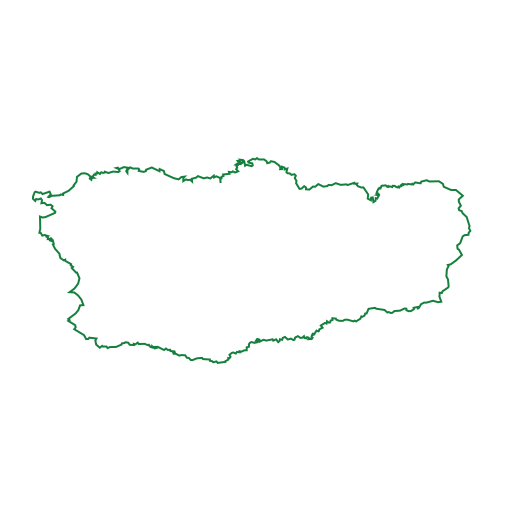 the district of Subang, Jawa Barat, Indonesia, rotated 264°
{"feature_id": "22746128B90150108137034", "entity_name": "Subang", "entity_type": "district", "adm_level": 2, "iso_a3": "IDN", "parent_name": "Indonesia", "parent_adm1": "Jawa Barat", "projection": "equal_earth", "projection_center": [107.682, -6.498], "detail": "fine", "context": "isolated", "style": "outline", "palette": "green", "viewbox_px": 512, "rotation_deg": 264, "n_neighbors": 0, "source": "geoboundaries", "source_scale": "gbopen_adm2", "svg_char_len": 6065}
<svg xmlns="http://www.w3.org/2000/svg" viewBox="0 0 512 512"><g transform="rotate(264 256 256)"><path d="M263.4,471.5L272.7,469.6L277.0,465.9L279.1,465.3L280.3,462.8L282.3,462.5L284.6,465.0L288.8,463.4L291.1,463.6L294.3,468.0L300.7,461.8L301.3,456.8L305.2,450.0L308.2,449.4L311.2,445.7L312.0,436.1L313.5,433.7L312.7,428.1L311.1,427.3L312.5,422.0L310.7,419.8L311.5,418.9L310.9,418.4L311.8,414.7L311.3,413.8L312.0,410.8L311.3,410.2L312.3,409.3L311.6,408.1L311.2,408.8L310.3,408.0L310.1,406.3L309.2,405.6L310.2,404.8L309.4,404.1L309.9,402.7L311.2,401.4L311.5,399.4L310.3,398.7L311.3,396.5L310.8,394.9L311.7,394.7L311.2,393.7L312.7,392.4L312.7,388.2L310.9,387.3L310.9,386.2L310.1,386.4L310.1,384.8L307.0,382.9L305.7,382.4L305.3,384.2L304.2,384.7L303.9,382.9L303.3,384.5L300.4,382.5L301.0,381.1L298.4,380.6L297.3,378.4L302.1,378.2L302.0,376.6L299.4,376.1L301.4,373.1L305.5,374.0L313.0,370.0L313.1,367.9L314.7,364.7L316.4,363.5L317.4,364.2L317.7,361.2L318.5,361.3L317.0,354.5L317.8,353.4L317.9,347.7L320.1,342.9L318.5,338.6L319.1,335.6L318.1,334.2L317.9,330.3L321.0,325.5L318.7,322.1L319.1,319.9L316.5,316.1L317.1,312.7L319.0,312.8L320.4,311.2L318.3,308.4L318.2,306.3L324.2,303.5L326.3,304.1L329.6,302.7L331.6,304.0L333.3,302.8L333.0,299.7L334.6,298.2L335.0,296.0L336.2,295.0L339.7,296.3L339.1,293.5L340.9,293.6L342.1,291.1L339.7,290.9L339.8,289.1L341.3,289.6L343.6,288.5L347.6,284.2L348.7,280.7L347.5,279.5L347.1,276.9L349.0,276.5L351.2,274.1L351.7,268.9L353.2,267.2L352.1,265.2L353.0,263.2L350.8,258.0L349.7,258.3L348.5,262.0L346.4,262.2L345.8,261.0L347.7,256.2L346.9,254.6L351.6,254.2L352.8,253.1L353.2,251.2L350.8,253.8L349.6,251.3L352.6,249.1L352.5,247.6L349.2,249.4L349.7,246.8L348.9,245.4L348.3,247.5L347.2,246.0L345.8,246.5L344.4,245.3L342.1,247.1L341.2,243.9L342.6,241.8L341.8,240.4L342.5,237.9L340.5,238.2L340.5,231.8L338.9,232.0L338.4,230.0L336.9,229.8L336.5,228.6L332.3,228.4L337.3,228.5L339.4,224.8L338.5,222.5L340.3,222.4L337.9,218.6L339.2,215.6L338.7,212.1L341.5,206.6L340.2,204.7L339.5,200.3L336.8,200.2L338.7,198.6L338.6,196.1L339.5,194.4L338.1,191.5L341.2,191.9L342.4,193.3L342.3,190.0L340.3,187.1L342.0,182.4L347.1,173.7L350.1,173.3L352.5,169.3L350.4,168.9L354.9,161.6L353.3,155.7L351.9,155.3L351.4,153.0L352.9,148.3L354.4,148.9L355.3,148.1L355.9,142.5L357.3,140.1L355.1,137.2L352.1,136.8L353.9,135.8L357.2,137.8L358.2,133.9L356.7,129.1L358.3,127.8L358.1,126.3L356.8,128.6L354.5,129.2L353.9,127.8L354.9,122.8L354.0,117.8L355.6,114.5L354.8,114.2L354.6,112.7L355.4,110.8L353.9,109.4L355.9,106.9L354.7,106.6L354.8,105.0L353.5,105.0L353.8,103.2L352.1,102.2L352.1,101.1L350.7,102.9L350.8,100.8L349.0,100.2L350.4,98.8L352.1,99.8L354.8,97.4L356.1,94.7L356.3,91.0L353.4,86.2L348.7,85.3L345.3,82.0L344.6,82.2L340.4,76.4L338.3,70.6L336.9,70.6L337.6,68.2L336.9,67.2L337.2,59.1L336.1,56.3L336.4,55.6L338.8,58.3L341.6,57.4L339.9,50.2L341.8,48.6L341.5,47.0L343.0,43.6L342.6,42.6L338.5,40.5L336.2,40.2L333.8,42.2L335.6,43.3L335.0,45.4L335.7,48.0L333.9,49.0L330.9,48.1L331.0,51.1L328.4,53.5L328.5,57.1L326.7,58.9L324.9,57.6L321.1,61.1L319.9,60.6L316.7,50.7L316.6,47.7L317.8,45.3L305.6,44.3L301.7,43.0L301.3,44.4L298.6,45.6L299.0,47.9L297.6,51.2L296.9,49.9L295.9,51.1L294.6,50.7L294.6,52.5L293.1,52.5L292.6,53.6L294.4,53.3L295.0,53.9L292.9,55.6L289.0,56.1L288.7,55.2L284.2,56.9L278.8,60.7L274.5,61.2L271.8,64.3L272.3,65.9L271.0,65.9L267.2,71.3L266.1,70.8L264.3,72.9L263.3,71.5L258.2,75.4L258.2,76.3L252.3,78.1L247.3,76.3L245.0,74.3L242.5,71.9L239.5,66.8L238.7,71.5L235.3,75.0L230.8,77.8L225.2,79.2L225.3,75.9L220.8,73.7L217.7,70.6L213.0,62.7L211.8,63.8L211.1,62.5L206.1,69.0L203.9,69.2L202.2,67.6L195.3,76.7L191.1,78.4L191.0,80.5L192.2,81.7L190.6,88.7L188.7,87.4L184.6,87.8L181.1,91.1L182.7,93.7L181.9,94.4L181.6,97.8L179.9,98.8L180.7,101.2L180.2,107.4L181.9,112.9L183.1,113.5L183.2,116.2L183.9,117.0L183.2,119.8L180.9,121.1L180.2,125.2L181.4,125.3L180.7,126.8L182.2,129.3L180.7,130.2L180.3,136.0L178.5,139.4L178.9,140.2L176.5,141.6L175.9,143.2L177.1,143.3L174.7,145.6L175.0,147.3L176.1,146.3L175.9,148.8L172.1,154.8L173.4,156.7L171.8,158.4L171.7,160.8L170.4,161.0L169.7,164.9L168.5,165.2L168.1,163.6L167.3,164.0L167.3,165.7L164.9,169.5L165.3,171.2L164.7,175.1L162.0,176.7L161.6,178.6L159.4,180.2L159.1,182.0L160.4,186.4L160.3,191.7L159.0,192.5L157.9,199.3L156.6,199.2L156.0,201.4L154.8,202.3L155.3,205.7L153.7,206.7L153.9,214.5L154.6,214.6L155.8,217.5L157.4,217.7L157.0,218.8L158.4,220.1L160.5,219.3L162.2,221.9L162.4,223.4L161.1,225.7L162.6,227.0L161.9,229.8L163.0,229.8L162.4,231.6L163.4,234.5L163.2,236.9L166.1,237.2L166.6,239.6L169.0,239.7L170.3,240.9L170.9,242.3L169.8,245.3L170.1,248.6L171.6,249.5L171.9,247.3L173.4,248.6L172.5,250.7L170.5,250.8L171.9,254.8L170.8,257.3L171.4,263.8L170.0,264.3L171.0,267.3L168.0,269.1L168.9,270.5L170.7,271.1L169.9,273.2L171.7,274.0L172.5,276.3L169.6,279.0L170.2,282.0L168.5,284.4L168.7,285.5L170.8,286.4L171.9,289.3L169.9,291.6L169.9,293.5L171.2,295.3L169.4,295.6L168.9,297.3L169.9,297.8L169.8,298.9L168.7,300.2L167.8,299.5L167.6,302.7L168.9,303.7L169.7,302.7L171.1,303.2L171.7,305.0L173.0,303.5L172.4,305.9L175.5,308.4L174.5,310.0L174.9,310.8L176.4,311.3L177.7,314.7L180.1,313.2L182.2,317.6L181.4,319.1L183.7,319.8L182.1,321.5L182.2,322.7L184.0,323.5L184.3,325.3L186.1,325.4L185.4,328.9L184.2,329.3L182.9,331.9L182.4,335.5L183.3,337.6L183.2,340.0L180.8,346.1L181.4,347.3L180.5,348.7L182.7,353.2L184.8,354.4L184.3,354.9L185.3,357.6L187.4,358.6L187.3,360.0L191.7,362.4L192.0,368.9L191.0,370.1L188.9,378.2L186.1,380.7L186.4,382.0L185.2,384.2L185.3,385.8L186.8,387.9L186.6,393.5L188.3,398.3L187.9,400.0L186.4,399.9L185.2,401.9L185.0,404.2L186.5,407.4L188.0,407.3L188.4,411.9L187.0,411.6L187.2,412.4L190.9,415.2L192.1,418.4L191.8,420.7L193.0,427.4L191.0,432.2L191.2,435.5L196.3,434.2L200.3,434.8L199.8,437.0L201.4,437.8L204.6,443.8L205.6,444.4L212.5,444.5L215.9,443.2L222.6,444.4L226.0,446.5L227.0,445.9L227.4,448.8L230.6,454.4L235.5,460.9L241.1,458.5L242.2,457.2L245.5,457.2L247.4,460.4L253.9,463.6L254.9,465.5L254.9,469.5L257.0,470.0L258.6,471.8L261.4,470.7L263.4,471.5Z" fill="none" stroke="#15803d" stroke-width="2"/></g></svg>